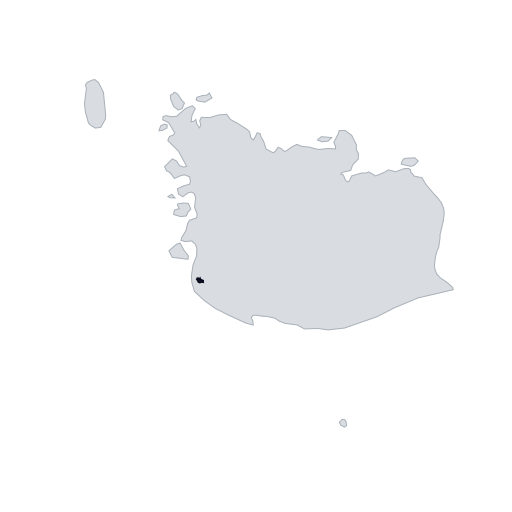 Buk-gu [North Distrikt], Busan, South Korea shown in context, rotated 101°
{"feature_id": "91817680B37722151409475", "entity_name": "Buk-gu [North Distrikt]", "entity_type": "district", "adm_level": 2, "iso_a3": "KOR", "parent_name": "South Korea", "parent_adm1": "Busan", "projection": "robinson", "projection_center": [129.021, 35.229], "detail": "fine", "context": "in_parent", "style": "filled", "palette": "ink", "viewbox_px": 512, "rotation_deg": 101, "n_neighbors": 0, "source": "geoboundaries", "source_scale": "gbopen_adm2", "svg_char_len": 3680}
<svg xmlns="http://www.w3.org/2000/svg" viewBox="0 0 512 512"><g transform="rotate(101 256 256)"><path d="M145.4,117.9L147.3,116.5L147.4,114.5L147.5,108.0L152.8,103.4L160.5,94.0L164.2,88.9L168.5,84.1L173.4,80.9L178.2,79.4L185.8,78.8L200.3,79.4L203.1,78.8L213.2,78.3L215.6,79.2L222.9,79.7L231.0,79.1L235.1,77.7L238.9,75.4L242.2,71.1L245.6,63.2L249.3,57.0L251.4,55.9L266.2,88.9L280.4,110.2L292.5,125.6L309.8,155.3L314.8,171.2L315.3,181.1L318.3,194.6L315.8,202.4L316.6,214.6L315.5,220.9L313.4,225.5L313.3,234.4L314.0,239.2L314.1,245.5L315.4,247.9L317.4,248.9L320.6,246.6L324.4,245.6L323.8,253.2L319.1,272.4L315.1,286.4L309.5,298.5L302.5,309.7L294.0,314.0L288.1,315.6L276.7,316.1L267.3,314.3L259.2,315.6L255.9,318.0L253.5,321.9L255.3,328.1L255.0,332.7L251.6,332.3L244.7,329.7L237.1,329.3L233.5,328.0L229.9,321.5L226.3,321.7L219.9,325.6L210.1,326.4L206.7,328.5L205.5,331.2L206.9,334.7L211.8,339.2L210.1,343.7L205.0,346.0L200.9,340.4L198.3,334.9L195.4,334.6L190.9,336.2L190.0,342.1L192.1,346.1L195.5,350.8L190.6,356.2L189.4,360.0L185.9,362.8L176.6,356.6L177.9,352.3L182.0,348.1L182.5,343.8L181.2,341.2L167.8,352.2L159.5,364.6L155.1,363.7L153.3,360.5L150.7,359.2L141.8,367.2L140.1,373.6L136.8,373.8L135.4,371.1L135.4,365.4L133.9,360.5L124.7,353.4L120.6,347.2L122.9,343.8L130.5,345.7L136.6,345.4L135.5,342.5L133.5,341.1L137.5,339.4L141.0,336.1L138.2,335.1L133.9,337.1L130.3,336.1L129.0,328.0L124.7,319.7L122.5,311.7L126.9,307.1L129.1,299.9L133.2,289.5L135.2,286.1L140.7,283.7L142.7,281.0L139.7,279.6L134.9,278.4L135.0,275.4L138.3,273.7L142.0,270.4L149.2,266.4L151.4,258.8L149.4,256.9L145.0,255.1L146.0,251.2L147.9,248.3L147.2,246.5L142.0,241.6L138.6,237.1L139.7,231.9L138.9,224.2L139.5,217.6L139.3,214.1L136.8,206.1L135.7,198.2L132.4,199.3L129.6,201.3L120.0,198.5L117.0,198.3L115.8,192.4L119.3,185.1L127.6,178.7L132.3,177.9L135.9,175.0L141.4,174.1L148.1,178.5L154.0,179.4L157.3,186.9L159.3,188.5L159.8,185.8L164.6,182.5L165.8,180.1L164.7,178.7L159.2,177.4L154.3,168.0L153.6,163.9L151.9,161.3L154.6,153.8L148.9,145.3L146.2,142.6L146.6,134.9L143.7,130.1L142.0,127.4L141.0,122.8L141.9,120.7L144.6,119.9L145.4,117.9ZM123.6,454.5L120.8,456.1L118.2,455.1L117.5,454.4L114.4,450.1L113.6,447.9L115.7,443.8L124.4,437.0L146.6,430.4L150.6,430.1L159.3,432.9L161.1,438.2L159.5,442.7L157.5,445.8L147.3,450.9L139.4,453.4L123.6,454.5ZM273.3,338.0L267.5,342.5L259.7,336.4L257.8,333.0L263.8,328.1L268.9,322.4L272.2,322.1L273.3,338.0ZM231.7,337.4L231.0,344.7L226.6,345.0L224.1,340.4L221.3,342.6L219.8,342.7L217.7,336.9L217.3,332.4L222.5,328.9L225.6,331.0L230.0,332.1L231.7,337.4ZM118.5,369.6L114.5,370.8L112.3,368.2L110.8,367.6L111.7,364.2L118.2,357.6L119.5,355.4L125.4,356.7L127.6,360.2L124.8,365.5L118.5,369.6ZM138.5,121.3L138.1,131.0L134.7,130.6L132.5,129.6L131.5,127.7L129.3,118.7L131.9,114.9L136.8,117.9L138.5,121.3ZM114.9,343.0L114.1,344.7L111.4,344.2L108.7,339.1L107.6,335.1L104.9,332.9L109.3,329.4L114.8,335.7L114.9,343.0ZM131.3,213.0L130.4,217.8L126.4,214.6L125.3,204.2L129.5,207.2L131.3,213.0ZM406.0,140.3L403.3,142.5L400.0,140.3L399.6,138.0L401.3,136.0L405.3,134.8L407.1,136.5L406.0,140.3ZM150.5,371.6L151.6,375.1L146.6,374.5L143.9,371.1L144.3,368.2L147.3,367.8L150.5,371.6ZM215.2,351.5L214.5,353.8L211.4,350.4L214.5,346.6L215.2,351.5Z" fill="#d9dde1" stroke="#a8b0b8" stroke-width="1"/><path d="M290.2,303.1L289.8,304.9L289.5,306.0L288.9,306.4L289.0,306.4L288.8,308.4L288.8,308.5L288.7,308.9L289.0,309.5L289.4,309.5L289.9,309.6L290.4,309.7L290.5,309.5L290.7,309.2L291.0,308.6L291.3,308.3L291.7,308.3L292.5,307.8L292.9,306.6L292.7,306.5L292.7,306.0L292.6,305.4L292.2,305.3L292.0,304.9L291.9,303.9L291.9,302.8L291.2,303.1L290.2,303.1Z" fill="#0f172a" stroke="#020617" stroke-width="1.5"/></g></svg>